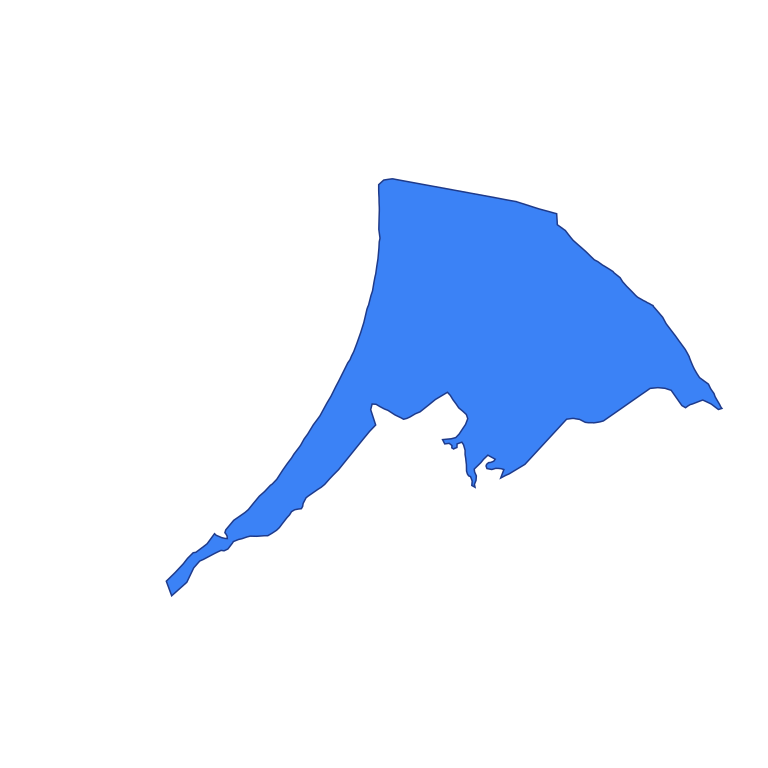 the district of Idku, Al Buhayrah, Egypt, rotated 332°
{"feature_id": "37247803B4110362295427", "entity_name": "Idku", "entity_type": "district", "adm_level": 2, "iso_a3": "EGY", "parent_name": "Egypt", "parent_adm1": "Al Buhayrah", "projection": "robinson", "projection_center": [30.316, 31.299], "detail": "fine", "context": "isolated", "style": "filled", "palette": "blue", "viewbox_px": 768, "rotation_deg": 332, "n_neighbors": 0, "source": "geoboundaries", "source_scale": "gbopen_adm2", "svg_char_len": 4237}
<svg xmlns="http://www.w3.org/2000/svg" viewBox="0 0 768 768"><g transform="rotate(332 384 384)"><path d="M670.9,564.2L670.6,562.5L670.7,559.5L670.5,554.5L670.4,551.7L670.4,550.4L670.7,548.6L670.9,547.3L670.6,545.0L670.3,542.7L670.2,541.1L670.3,538.9L670.4,536.4L668.0,531.5L665.6,526.5L665.2,521.9L665.1,519.6L665.0,516.7L665.1,513.6L665.3,511.1L665.6,508.0L666.0,504.5L666.3,503.1L666.3,498.7L666.2,494.9L664.7,484.5L663.9,478.4L662.6,470.6L661.7,465.0L661.4,463.0L661.4,461.7L661.4,456.0L659.1,445.6L658.2,441.8L658.4,441.1L657.2,439.5L656.7,438.6L655.8,437.2L654.6,435.7L653.8,434.2L652.1,431.9L651.4,430.7L649.2,427.3L648.6,426.3L647.7,423.8L646.4,419.1L644.1,411.6L642.9,406.5L642.7,405.8L642.4,401.0L639.3,393.8L639.0,392.2L636.7,388.1L636.0,386.9L633.7,383.0L632.9,381.8L630.7,377.3L630.3,376.4L628.0,373.1L627.5,371.6L626.3,367.9L624.9,363.4L624.4,361.9L622.6,357.0L620.9,352.6L618.8,346.9L618.4,345.8L618.2,344.8L617.6,341.9L617.0,338.6L616.3,334.4L616.2,333.6L615.5,332.3L611.8,324.7L613.1,322.0L616.4,314.7L613.7,312.2L610.6,309.2L607.8,306.6L603.1,302.2L598.9,297.9L595.9,294.8L586.9,285.6L586.5,285.1L581.9,281.5L578.1,278.5L572.8,274.2L511.5,225.6L490.2,208.7L488.5,207.3L487.6,206.7L486.3,206.2L483.3,205.1L479.5,203.8L476.3,204.6L472.9,205.5L470.5,210.0L469.1,212.8L467.1,217.1L464.9,221.4L462.8,225.8L461.5,228.3L457.0,236.2L454.4,240.8L452.0,245.1L448.9,253.4L446.5,256.3L443.4,261.5L437.4,270.7L432.5,277.2L428.4,282.9L426.5,285.0L422.8,289.6L417.5,296.5L414.1,299.7L407.2,307.3L406.3,307.9L404.1,309.9L400.8,313.7L395.1,320.2L387.5,327.7L379.0,335.5L372.5,341.2L368.4,344.1L365.4,346.6L362.0,348.3L345.6,360.0L340.0,363.8L331.5,369.9L324.7,374.0L320.0,377.1L312.6,382.0L308.5,384.0L302.5,386.8L293.1,392.4L287.7,395.0L281.7,398.9L279.3,400.1L271.6,403.6L267.7,405.9L261.2,408.9L254.3,412.4L244.6,417.8L238.3,419.9L236.2,420.1L228.0,422.9L223.8,423.9L221.3,424.5L213.0,427.9L205.3,431.2L200.9,432.2L187.3,433.8L175.8,438.5L173.7,440.6L174.0,442.1L174.1,444.5L173.1,446.9L171.1,445.7L168.5,443.4L167.1,441.6L164.8,438.8L164.1,436.6L152.9,442.0L150.2,442.5L138.9,444.3L136.3,443.4L128.7,445.7L122.2,448.6L111.1,452.4L99.2,455.9L97.1,471.3L116.8,466.5L129.7,457.0L138.2,453.8L142.3,454.1L144.4,454.1L150.8,454.1L154.8,454.1L158.1,454.2L162.0,454.4L164.5,456.2L168.7,456.4L175.3,453.4L177.1,452.4L182.6,453.0L185.9,453.9L191.1,454.7L194.4,455.5L200.1,458.7L206.7,461.6L210.2,463.4L215.1,463.2L220.5,462.7L224.1,461.7L228.8,459.5L235.5,456.5L239.2,455.2L242.4,453.3L246.1,453.1L249.7,454.2L252.5,455.3L254.7,453.9L256.5,451.5L261.7,447.9L264.3,447.4L276.0,446.0L280.0,445.7L284.5,444.8L291.4,442.2L296.5,440.5L303.7,438.3L332.5,426.0L339.3,423.1L348.9,419.1L357.4,416.3L360.2,400.4L364.1,396.1L367.5,398.2L369.7,401.9L372.6,406.2L375.1,409.1L379.2,416.5L383.2,421.9L384.7,424.3L388.0,425.1L391.4,425.3L397.7,425.0L402.8,425.5L414.6,423.3L422.1,421.8L436.1,421.1L437.2,425.2L437.5,430.3L438.3,435.5L438.8,440.2L440.7,444.8L442.4,449.6L441.7,453.9L437.0,458.0L432.7,460.3L426.8,463.5L422.2,465.0L417.6,463.9L413.0,462.0L409.6,460.6L409.5,465.4L413.7,467.0L415.1,470.2L413.9,472.2L415.0,474.1L416.0,474.0L418.6,474.3L420.4,471.2L425.4,471.9L425.7,474.9L424.5,480.6L422.5,484.3L421.2,488.1L419.9,491.3L419.0,493.7L417.9,495.9L416.0,499.6L415.4,502.6L415.6,504.8L416.9,506.4L416.3,511.1L413.9,514.8L415.9,517.9L416.7,515.1L420.0,512.3L422.4,508.5L422.7,504.2L423.7,501.5L427.1,500.5L432.6,498.9L436.6,497.2L442.3,495.6L446.9,502.6L444.6,503.7L441.3,503.3L439.4,502.5L436.9,503.1L435.6,504.3L435.2,507.0L439.0,510.1L443.0,510.9L445.3,512.2L447.7,513.8L449.7,515.8L442.9,521.8L445.9,521.8L448.1,521.8L449.9,521.9L452.2,522.1L470.7,521.1L528.7,500.8L534.1,502.8L535.6,503.6L536.5,504.4L540.1,507.1L543.7,512.3L546.1,514.0L550.2,516.2L550.8,516.7L552.9,517.5L555.3,518.3L557.2,518.9L559.5,519.4L560.4,519.6L582.2,517.0L591.9,515.8L606.0,514.1L612.2,513.4L616.9,512.8L617.6,513.1L623.9,515.7L624.9,516.3L630.2,519.8L631.2,520.9L634.6,524.4L635.5,531.7L636.2,537.3L636.9,542.9L638.2,545.0L639.1,546.5L642.7,546.0L643.7,546.0L644.6,545.9L646.7,546.4L650.8,546.9L655.1,547.4L657.9,547.8L659.9,550.4L662.0,553.2L663.3,555.0L663.9,556.1L665.3,559.2L667.3,563.5L670.9,564.2Z" fill="#3b82f6" stroke="#1e3a8a" stroke-width="1.5"/></g></svg>